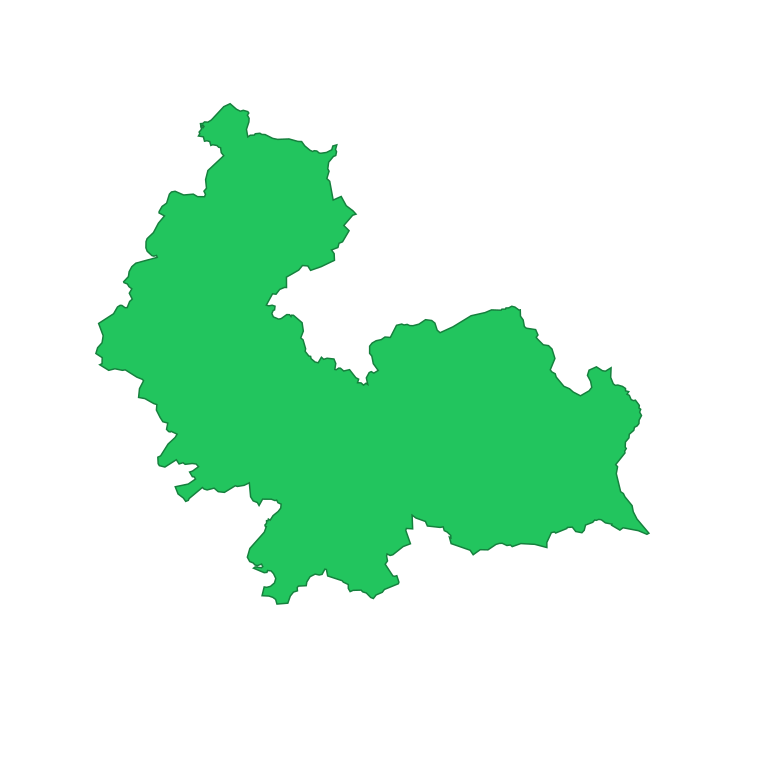 outline of Tullow Lea-6, Carlow, Ireland, rotated 283°
{"feature_id": "5873133B62819927990234", "entity_name": "Tullow Lea-6", "entity_type": "district", "adm_level": 2, "iso_a3": "IRL", "parent_name": "Ireland", "parent_adm1": "Carlow", "projection": "mercator", "projection_center": [-6.709, 52.768], "detail": "fine", "context": "isolated", "style": "filled", "palette": "green", "viewbox_px": 768, "rotation_deg": 283, "n_neighbors": 0, "source": "geoboundaries", "source_scale": "gbopen_adm2", "svg_char_len": 6154}
<svg xmlns="http://www.w3.org/2000/svg" viewBox="0 0 768 768"><g transform="rotate(283 384 384)"><path d="M348.9,96.4L346.3,103.5L340.4,104.7L338.8,102.7L335.4,112.7L338.3,118.4L338.5,126.1L339.6,128.7L335.1,141.6L334.2,147.4L333.1,149.0L324.5,146.8L315.7,147.9L316.0,154.3L313.1,164.2L312.9,167.3L307.4,168.1L301.0,173.4L297.5,177.0L297.3,182.1L290.9,182.3L289.2,184.9L289.2,186.5L290.0,187.2L288.6,193.7L284.9,192.5L276.9,187.1L263.7,182.5L261.8,180.1L255.5,181.9L253.9,183.5L253.8,189.2L263.5,198.7L260.0,202.3L262.1,205.9L261.0,208.3L263.4,215.0L263.8,218.9L261.7,221.9L256.0,216.9L254.5,214.4L250.6,218.1L250.8,220.0L249.0,221.7L242.5,215.8L236.9,203.7L230.5,208.1L227.8,214.1L225.0,217.2L226.6,219.5L228.6,219.9L242.3,230.3L241.2,232.3L241.0,235.5L244.3,241.9L241.8,246.7L242.5,252.9L251.4,262.0L251.2,264.2L253.8,270.5L257.4,275.0L244.1,279.4L240.7,282.8L240.0,287.3L237.5,289.6L244.5,291.6L246.4,300.2L245.9,304.0L246.7,305.5L244.5,307.4L243.8,310.8L239.8,311.3L235.9,309.5L230.8,305.5L225.7,303.7L226.4,301.7L224.6,301.6L224.4,300.3L221.9,300.9L219.8,299.7L218.4,300.5L218.5,301.4L212.7,300.7L193.6,290.3L184.5,289.8L180.8,293.1L180.2,296.8L178.7,298.9L178.5,301.4L181.0,305.2L178.8,307.0L177.4,306.0L176.8,299.7L175.2,298.3L173.2,309.7L174.1,312.3L176.1,312.5L176.5,316.0L174.3,319.1L170.2,322.3L165.5,322.0L161.3,318.9L159.5,315.5L159.3,312.9L150.3,312.8L151.5,319.6L151.1,323.7L149.7,326.9L145.5,329.2L148.8,339.6L156.3,340.4L160.9,342.6L163.0,346.2L166.1,345.2L167.8,346.0L170.0,353.6L173.7,353.3L179.6,355.3L183.3,359.7L183.3,363.8L184.6,366.5L190.3,368.0L190.3,369.6L184.3,372.3L182.9,387.6L181.8,388.9L180.6,394.3L176.8,395.2L174.1,397.7L176.0,400.3L178.0,408.0L176.7,410.0L176.4,413.8L173.0,419.1L172.6,421.9L176.7,423.8L180.7,429.2L183.9,430.6L192.6,442.9L194.3,443.1L200.1,439.6L199.0,437.7L199.0,435.8L208.7,425.7L212.4,427.2L217.0,425.2L219.1,425.2L218.3,428.5L219.6,431.0L229.9,439.2L234.3,445.7L246.3,438.1L248.3,438.3L249.3,444.5L262.5,440.9L260.6,445.3L259.4,455.3L255.4,458.2L256.9,470.9L258.1,473.8L254.7,475.7L254.0,478.8L251.5,483.1L249.0,483.8L249.5,482.2L243.6,485.3L241.4,505.3L237.7,509.3L244.2,515.0L245.8,522.6L252.9,529.2L254.6,532.2L255.4,535.0L254.3,540.1L255.6,543.4L254.4,545.5L259.3,553.2L261.7,567.0L261.3,579.5L266.2,578.3L276.8,580.5L278.2,583.3L277.4,584.8L284.3,594.6L285.5,595.0L286.9,599.7L283.4,604.0L283.6,610.3L286.5,612.0L291.9,612.1L296.2,618.5L298.9,619.9L298.9,621.5L300.4,623.7L300.6,626.3L298.5,630.9L298.7,637.7L297.6,637.5L294.7,646.7L297.7,649.3L298.3,664.8L296.7,674.0L298.2,675.7L309.3,660.9L315.6,655.6L321.3,653.1L328.3,644.1L331.1,641.9L332.3,638.8L348.9,630.5L355.9,630.2L357.6,627.9L371.0,634.3L372.9,633.6L375.6,634.6L376.8,633.2L381.8,632.3L386.6,634.8L390.2,634.3L395.0,637.8L398.2,637.8L400.0,640.0L402.8,641.3L406.2,640.7L411.2,642.0L414.1,639.4L417.1,639.8L418.0,637.8L420.6,637.6L424.8,632.6L423.9,630.8L424.4,628.3L428.1,625.6L428.7,623.1L431.6,624.2L431.7,620.9L434.0,620.3L435.3,616.9L435.6,612.1L434.7,609.7L435.7,607.4L441.4,603.4L450.9,601.6L446.3,596.9L446.1,593.8L448.5,587.1L443.6,580.7L438.2,580.3L433.1,584.7L427.4,587.2L423.5,585.4L416.7,578.1L418.7,570.3L421.1,565.8L422.2,559.8L429.5,550.2L432.5,548.5L433.5,544.9L435.2,542.8L447.3,544.8L455.9,539.8L458.4,535.7L458.0,530.4L462.6,523.1L463.8,521.8L466.4,523.0L471.1,519.5L470.4,510.1L471.6,507.8L477.7,505.2L480.8,501.7L486.9,500.1L486.4,498.9L488.4,494.3L488.5,491.0L486.2,488.4L485.5,485.7L484.3,485.5L483.4,482.0L482.2,481.4L480.4,472.1L476.3,466.4L470.1,453.5L455.2,438.3L446.6,427.1L448.4,423.7L454.8,419.9L456.6,416.2L456.0,410.0L450.2,404.6L447.3,399.1L446.7,395.8L447.3,393.2L446.0,390.2L446.4,387.8L444.0,383.0L430.8,379.7L430.0,374.4L426.6,371.3L424.4,366.6L421.2,363.2L417.6,361.5L410.6,363.1L408.4,365.9L401.4,369.0L395.9,375.3L392.3,371.6L393.2,368.8L391.8,367.0L386.0,365.4L379.9,368.3L380.7,366.3L378.3,364.3L379.9,361.4L379.3,357.9L383.0,358.2L383.8,355.1L390.2,347.2L387.6,341.8L389.6,338.0L389.3,336.3L387.1,334.2L387.1,332.8L393.1,332.4L397.1,329.6L396.3,322.7L394.5,319.7L396.0,317.0L389.9,315.1L389.9,311.9L392.3,307.2L394.4,306.3L394.3,304.5L398.1,299.8L400.7,299.7L408.8,295.2L410.2,292.5L417.4,293.5L425.3,290.4L430.6,280.3L430.2,278.4L428.8,278.2L430.3,276.3L429.7,273.6L424.7,269.2L423.5,266.8L424.5,261.1L427.4,258.9L430.7,259.5L431.6,260.7L435.3,260.3L435.6,257.3L434.2,254.1L434.4,251.6L446.8,255.1L447.2,258.6L452.7,261.1L455.7,265.3L456.1,267.3L466.2,264.9L475.8,275.3L481.1,277.9L481.9,283.2L478.2,286.9L484.2,296.4L493.4,307.9L499.8,306.1L502.8,302.7L506.7,308.4L511.0,308.5L513.2,311.6L525.5,315.5L529.4,309.2L541.4,315.5L543.2,318.5L545.7,314.9L549.2,307.1L557.1,300.1L551.8,293.1L569.3,285.5L571.3,282.1L579.0,282.6L581.0,280.8L587.7,280.2L594.3,283.5L595.8,285.6L599.7,285.5L601.5,284.0L606.4,284.2L604.4,280.6L600.5,280.4L598.6,278.2L596.7,275.9L594.6,270.5L594.5,268.9L595.9,266.1L595.6,263.5L594.5,262.2L595.1,259.3L598.2,253.2L601.7,249.2L601.0,245.5L601.4,236.3L598.4,225.3L598.3,220.3L600.3,212.0L599.7,208.8L600.4,206.7L598.9,202.3L597.3,201.5L596.3,197.7L594.1,195.7L601.2,192.7L608.9,193.4L612.5,192.8L615.2,190.4L617.6,191.3L618.8,190.0L619.0,185.3L617.5,182.7L618.5,178.5L622.5,171.0L618.2,165.5L602.4,156.4L599.5,153.5L599.0,150.2L597.1,148.8L596.4,146.6L594.4,147.4L595.5,149.4L594.4,150.7L592.9,150.0L593.7,149.0L593.2,147.8L591.3,148.9L587.9,147.2L586.4,148.2L583.9,147.4L584.2,152.4L580.2,154.5L581.2,156.8L581.0,159.7L577.5,161.6L578.6,163.3L578.8,167.6L577.5,169.7L577.5,171.6L572.8,173.4L570.4,176.5L552.4,164.4L543.0,164.2L534.8,167.0L531.4,165.2L528.6,167.4L526.1,167.0L524.6,160.2L526.1,155.5L523.1,146.3L524.8,137.1L523.3,133.7L520.7,132.2L511.3,131.5L507.1,127.8L501.5,126.1L500.1,126.3L498.4,132.3L489.9,128.0L479.7,125.3L472.4,120.5L469.2,120.1L463.1,121.4L460.0,123.5L456.9,129.0L456.8,131.0L458.1,133.4L456.4,134.6L445.9,115.0L441.6,111.9L436.1,110.4L431.1,110.8L425.1,107.3L424.3,107.8L423.7,111.5L421.5,113.6L420.0,116.9L415.2,115.4L410.1,119.6L407.2,117.6L400.7,116.6L400.1,114.6L401.6,110.9L401.3,109.2L399.1,107.0L391.6,104.7L378.8,92.3L367.9,99.5L360.8,100.0L354.9,96.8L348.9,96.4Z" fill="#22c55e" stroke="#15803d" stroke-width="1.5"/></g></svg>